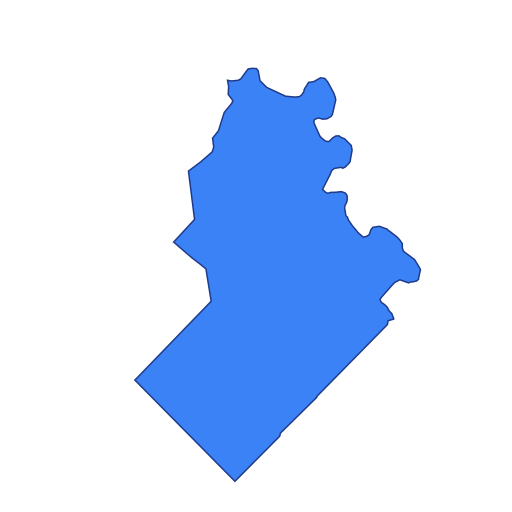 the district of Foni Jarrol, West Coast, Gambia, rotated 45°
{"feature_id": "56634734B7386392108855", "entity_name": "Foni Jarrol", "entity_type": "district", "adm_level": 2, "iso_a3": "GMB", "parent_name": "Gambia", "parent_adm1": "West Coast", "projection": "albers", "projection_center": [-15.848, 13.224], "detail": "fine", "context": "isolated", "style": "filled", "palette": "blue", "viewbox_px": 512, "rotation_deg": 45, "n_neighbors": 0, "source": "geoboundaries", "source_scale": "gbopen_adm2", "svg_char_len": 2057}
<svg xmlns="http://www.w3.org/2000/svg" viewBox="0 0 512 512"><g transform="rotate(45 256 256)"><path d="M258.1,429.4L360.1,430.0L372.8,430.1L400.4,430.2L400.2,366.7L398.5,363.9L398.9,313.0L398.3,312.6L397.4,211.6L395.2,208.3L398.0,203.3L397.5,202.8L392.7,200.7L389.2,200.7L384.8,199.4L381.7,199.4L379.0,199.8L377.8,200.3L374.2,199.0L373.8,195.4L372.8,179.1L372.8,176.9L373.7,173.8L374.6,171.1L382.9,167.1L383.8,164.9L385.1,163.5L387.3,160.0L387.3,157.3L386.8,156.9L384.2,152.9L382.0,149.4L379.3,148.5L370.5,146.4L358.7,148.2L356.5,148.2L353.8,146.8L350.5,143.7L350.3,143.7L345.5,142.9L341.9,142.9L334.5,143.8L331.4,144.3L329.6,144.3L322.2,147.8L318.3,153.2L318.7,156.3L320.9,160.7L320.5,163.3L319.6,165.1L318.3,166.9L311.3,167.3L308.6,166.9L307.9,166.9L302.9,166.5L295.9,165.2L293.2,163.9L291.0,163.9L285.9,160.2L284.9,159.5L283.6,158.1L281.8,153.3L280.9,152.0L279.6,150.6L277.8,148.9L275.6,148.4L274.3,148.4L270.8,150.2L266.8,155.1L263.8,158.2L262.5,160.9L259.8,161.8L257.2,161.8L255.9,161.8L252.3,150.7L250.6,145.4L249.2,142.3L249.2,140.1L249.6,138.4L253.6,133.0L255.3,132.6L256.2,129.9L256.2,127.7L256.2,124.6L255.7,122.4L254.9,121.5L249.1,113.2L247.8,112.3L246.5,111.4L245.2,110.5L237.8,110.5L235.9,110.5L231.1,112.3L229.8,112.3L227.6,114.6L226.7,118.1L226.7,123.4L224.1,125.6L219.7,126.1L216.6,126.1L212.6,124.6L203.9,121.3L202.1,120.4L200.8,118.2L202.5,114.2L206.5,112.0L209.1,108.9L210.4,104.2L210.0,102.0L202.0,89.2L199.4,87.5L195.4,85.7L185.0,82.6L183.5,82.2L179.1,81.8L175.6,84.4L173.5,92.0L170.4,96.0L172.2,103.9L173.5,105.7L174.4,109.7L174.0,112.7L170.9,116.3L163.9,122.1L145.5,128.8L144.2,129.2L137.6,129.2L134.9,129.2L126.6,123.5L123.9,123.1L120.4,126.2L118.2,129.3L118.7,133.3L120.0,141.2L119.2,144.3L114.8,149.7L111.6,151.9L116.6,155.3L122.1,161.4L129.8,162.5L130.9,165.2L132.0,176.9L140.9,194.0L142.0,203.4L149.1,208.9L151.4,213.3L150.3,228.8L148.6,240.9L148.2,243.7L186.7,273.6L187.9,304.4L212.1,302.6L221.0,301.4L229.7,300.5L256.3,319.7L256.9,357.7L257.7,403.5L258.1,429.4Z" fill="#3b82f6" stroke="#1e3a8a" stroke-width="1.5"/></g></svg>